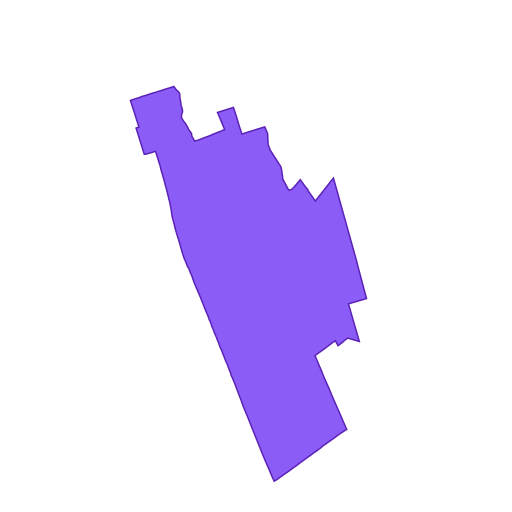 the district of Studina, Olt, Romania, rotated 57°
{"feature_id": "2599482B4417502525684", "entity_name": "Studina", "entity_type": "district", "adm_level": 2, "iso_a3": "ROU", "parent_name": "Romania", "parent_adm1": "Olt", "projection": "orthographic", "projection_center": [24.422, 43.965], "detail": "fine", "context": "isolated", "style": "filled", "palette": "violet", "viewbox_px": 512, "rotation_deg": 57, "n_neighbors": 0, "source": "geoboundaries", "source_scale": "gbopen_adm2", "svg_char_len": 6108}
<svg xmlns="http://www.w3.org/2000/svg" viewBox="0 0 512 512"><g transform="rotate(57 256 256)"><path d="M425.3,358.4L436.5,360.4L439.8,360.9L443.2,361.5L448.7,362.5L452.8,363.1L454.8,363.4L454.9,359.8L454.7,357.4L454.4,349.7L454.4,348.2L453.6,332.8L453.5,332.2L453.4,331.3L453.4,330.6L453.4,329.6L453.3,328.7L453.3,328.4L453.2,326.7L453.1,324.9L453.0,323.0L452.9,320.9L452.9,320.1L452.9,319.1L452.8,318.0L452.7,316.6L452.5,314.3L452.5,313.1L452.6,312.1L452.3,309.1L452.3,308.1L452.2,306.5L452.0,304.8L451.8,304.2L451.7,303.4L451.7,303.0L451.7,300.6L451.5,297.4L451.5,296.5L451.5,296.1L451.5,295.4L451.4,293.8L451.3,291.5L451.2,289.2L451.1,287.6L450.8,283.4L450.8,279.7L450.8,277.3L450.8,275.3L450.9,274.4L450.6,274.3L450.4,274.3L449.6,274.2L447.1,273.8L444.4,273.3L443.4,273.2L436.3,271.9L433.0,271.4L432.1,271.2L427.0,270.4L421.0,269.4L419.5,269.2L412.8,268.0L409.0,267.3L405.6,266.7L402.4,266.2L398.7,265.6L396.1,265.2L392.6,264.6L389.0,263.8L388.0,263.6L385.6,263.2L381.9,262.6L378.0,261.9L375.4,261.4L371.6,260.7L371.3,253.8L371.1,249.5L370.8,245.5L370.6,242.7L370.3,238.6L370.3,235.6L375.9,236.0L375.7,233.4L375.5,230.8L374.9,226.3L374.8,223.8L381.0,218.4L384.0,215.9L376.4,213.6L376.1,213.5L346.5,204.5L351.9,186.5L316.9,175.1L316.4,174.8L232.8,148.6L233.6,151.1L242.2,176.3L228.6,176.8L228.4,176.4L224.5,176.9L216.1,177.3L216.5,178.4L216.9,179.8L217.4,181.6L218.0,183.4L218.3,184.5L218.5,185.4L219.0,186.9L219.2,187.9L219.5,189.0L219.5,189.7L219.4,190.4L219.2,191.2L219.0,191.7L218.8,192.4L218.3,192.5L217.3,192.6L215.8,192.5L212.0,192.1L209.3,191.9L207.4,191.8L206.8,191.7L206.8,192.0L206.3,191.9L205.2,191.3L204.4,190.8L203.6,190.3L202.7,189.9L201.4,189.3L199.9,188.7L199.3,188.4L197.7,187.6L196.4,187.1L195.5,186.8L194.9,186.6L194.4,186.6L193.7,186.5L192.0,186.5L190.1,186.5L188.6,186.5L187.3,186.5L185.4,186.4L183.9,186.5L182.4,186.5L180.8,186.5L179.5,186.4L177.9,186.4L174.8,186.4L173.4,186.0L172.1,185.8L169.5,185.2L168.8,185.0L168.2,184.6L167.5,184.2L166.1,183.3L165.0,182.7L162.1,181.1L160.6,180.1L159.8,179.7L159.1,179.5L157.7,179.3L156.4,179.0L153.9,178.6L152.5,178.3L150.7,184.5L150.3,185.8L149.1,190.4L147.4,196.3L146.1,201.4L145.8,201.3L141.6,200.2L137.3,199.1L129.5,196.8L122.9,195.0L121.8,194.7L119.1,194.0L118.8,194.8L118.2,197.3L117.6,199.4L116.7,202.6L116.0,205.1L115.0,208.8L114.6,210.1L132.9,213.4L132.7,214.4L132.5,215.2L132.4,215.8L132.4,216.3L132.2,217.3L132.1,217.8L131.4,221.1L131.0,223.1L130.5,225.5L130.2,227.6L129.5,231.2L128.5,235.4L127.7,239.3L127.3,241.5L127.0,242.5L126.0,245.0L124.6,244.8L123.6,244.6L122.5,244.7L121.5,244.6L120.5,244.5L119.4,244.0L118.6,243.6L118.0,243.3L117.4,243.3L116.4,243.5L116.0,243.4L115.4,243.4L115.1,243.5L114.1,243.6L113.0,243.5L112.2,243.4L110.9,243.2L109.1,243.1L108.1,243.1L107.0,243.0L106.4,243.0L105.4,243.1L104.3,243.2L103.4,243.3L102.6,243.3L101.7,243.2L101.0,243.3L100.2,243.2L99.3,243.0L98.4,242.6L97.5,241.9L96.9,241.3L96.3,240.6L95.8,239.9L95.2,239.3L94.5,238.7L93.5,238.2L92.4,237.8L91.7,237.5L90.9,237.3L89.1,236.8L88.0,236.4L87.1,235.9L86.3,235.5L85.8,235.2L84.5,234.7L83.3,234.2L82.6,233.9L81.9,233.6L81.1,233.2L80.5,232.9L79.9,232.4L79.4,232.1L79.0,231.9L77.5,231.6L76.3,231.5L75.2,231.8L73.9,232.1L73.2,232.3L72.6,232.4L71.9,232.4L71.1,232.4L70.2,232.5L69.4,232.5L69.0,232.6L68.2,236.0L67.0,240.0L65.9,244.1L64.7,248.6L64.6,249.0L64.1,250.9L63.1,253.9L61.9,258.4L61.6,259.7L61.5,260.0L61.1,261.5L60.7,262.8L60.2,264.4L59.8,266.1L59.6,267.4L58.8,270.3L58.1,272.7L57.6,274.8L57.1,276.6L69.8,280.0L84.2,284.0L84.0,284.6L83.7,285.4L83.6,286.0L83.4,286.9L109.8,294.3L110.1,293.8L110.5,293.2L110.7,292.6L111.0,291.9L111.1,291.3L111.3,290.7L111.8,289.1L112.4,287.2L113.0,284.8L113.4,283.3L114.3,283.5L117.9,284.5L120.2,285.1L121.6,285.5L122.7,285.8L123.4,286.0L124.8,286.4L126.6,286.9L127.4,287.0L128.1,287.3L128.9,287.6L129.8,287.9L131.6,288.6L134.3,289.4L136.7,290.1L139.5,291.0L140.9,291.4L142.1,291.7L143.7,292.3L144.8,292.6L146.1,293.1L148.6,293.9L149.7,294.2L150.3,294.4L152.0,295.0L153.1,295.4L153.7,295.6L154.5,295.8L155.6,296.2L157.3,296.8L158.8,297.3L160.8,298.1L161.9,298.4L162.7,298.6L163.8,299.1L164.8,299.4L166.4,300.1L167.1,300.4L168.1,300.8L168.8,301.0L169.3,301.2L170.1,301.6L170.9,301.9L171.5,302.1L171.9,302.4L172.8,302.8L173.6,303.2L174.7,303.7L176.4,304.4L177.4,304.9L178.0,305.1L179.9,305.7L183.9,307.0L185.3,307.5L185.9,307.7L186.7,308.1L187.6,308.4L188.7,308.7L189.6,309.0L190.2,309.3L190.9,309.4L191.6,309.6L192.5,309.8L193.3,310.1L193.6,310.3L194.1,310.4L194.6,310.5L195.2,310.7L195.7,310.9L196.0,310.9L197.7,311.4L198.9,311.7L200.0,312.0L201.8,312.6L204.2,313.2L207.0,314.2L209.5,314.9L211.9,315.6L213.4,316.1L215.7,316.7L217.7,317.2L219.0,317.6L220.2,317.7L221.4,317.9L223.8,318.4L224.6,318.6L225.3,318.7L225.7,318.8L226.6,319.0L227.2,319.1L227.7,319.3L228.1,319.3L228.3,319.2L229.0,319.1L229.4,319.1L230.0,319.2L232.6,319.8L234.5,320.2L235.4,320.3L235.9,320.4L237.0,320.5L237.9,320.7L238.7,320.9L239.9,321.2L240.3,321.3L240.9,321.5L241.6,321.7L242.5,321.8L243.1,322.0L244.9,322.4L246.0,322.6L247.4,322.9L250.3,323.4L251.9,323.6L253.6,324.0L255.4,324.3L257.0,324.5L258.4,324.8L260.7,325.2L262.6,325.6L264.0,325.9L266.8,326.4L268.7,326.8L270.6,327.2L272.0,327.5L274.1,327.9L275.6,328.2L277.1,328.4L278.4,328.6L279.3,328.8L279.9,328.9L281.3,329.2L281.9,329.3L283.8,329.9L284.7,330.0L285.4,330.0L286.2,330.2L287.3,330.4L288.3,330.6L289.1,330.8L289.9,331.1L290.8,331.4L292.7,331.6L293.6,331.7L294.7,332.0L295.7,332.2L296.4,332.4L297.1,332.6L297.8,332.7L298.9,332.9L300.6,333.2L301.6,333.3L304.3,333.9L305.4,334.1L306.3,334.3L307.4,334.5L308.6,334.7L309.6,335.0L310.5,335.2L313.8,335.9L315.1,336.1L315.8,336.1L320.3,337.1L323.8,337.8L326.2,338.3L327.7,338.6L330.3,339.0L331.5,339.2L332.8,339.5L334.4,339.9L335.7,340.1L337.9,340.6L339.0,340.8L339.7,340.9L340.7,341.2L341.2,341.3L341.7,341.6L342.5,341.8L343.2,342.0L343.7,342.0L343.8,341.9L344.3,342.0L345.9,342.3L348.2,342.7L350.6,343.2L352.1,343.4L356.7,344.5L360.6,345.3L361.3,345.5L366.5,346.6L367.0,346.7L368.6,347.0L372.6,348.0L373.9,348.2L374.3,348.4L383.8,350.2L386.0,350.6L425.3,358.4Z" fill="#8b5cf6" stroke="#5b21b6" stroke-width="1.5"/></g></svg>